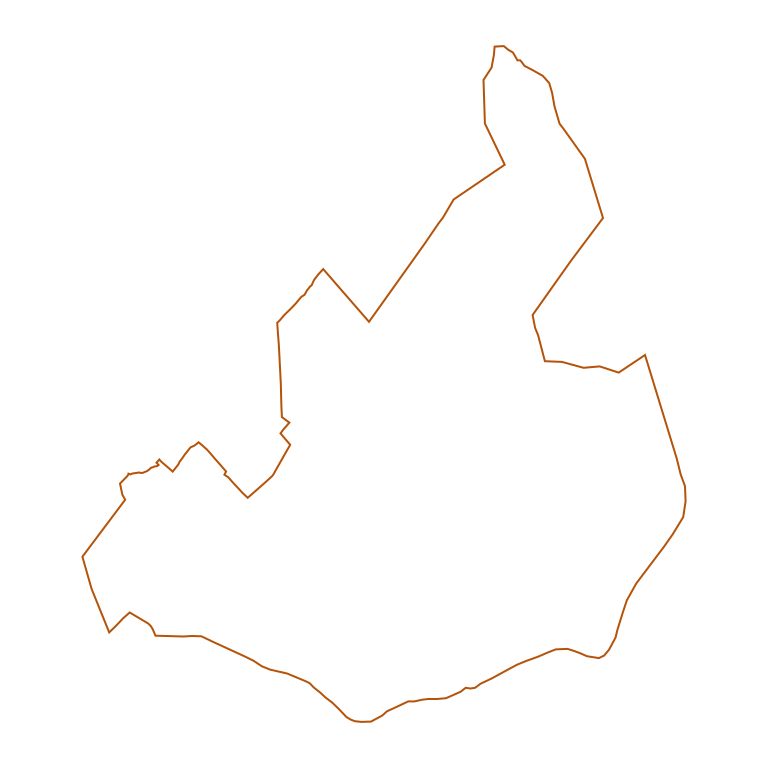 outline of Hadejia, Jigawa, Nigeria
{"feature_id": "59680162B39799007570945", "entity_name": "Hadejia", "entity_type": "district", "adm_level": 2, "iso_a3": "NGA", "parent_name": "Nigeria", "parent_adm1": "Jigawa", "projection": "robinson", "projection_center": [10.051, 12.466], "detail": "fine", "context": "isolated", "style": "outline", "palette": "amber", "viewbox_px": 768, "rotation_deg": 0, "n_neighbors": 0, "source": "geoboundaries", "source_scale": "gbopen_adm2", "svg_char_len": 2557}
<svg xmlns="http://www.w3.org/2000/svg" viewBox="0 0 768 768"><path d="M367.1,721.7L371.0,721.6L382.3,715.5L387.0,711.3L408.3,701.4L414.5,701.4L422.2,699.7L428.2,699.0L437.2,699.0L446.0,698.2L460.5,691.8L465.7,687.8L470.4,688.5L475.1,687.8L480.6,683.7L491.8,678.4L507.9,669.6L517.5,664.5L526.6,660.8L537.8,656.8L547.8,652.5L555.7,649.4L562.0,649.1L567.6,648.9L574.5,651.1L581.1,653.6L586.9,656.2L598.9,658.1L604.2,655.5L609.1,649.6L615.6,637.4L617.4,629.9L620.4,620.2L622.8,612.5L626.8,600.4L636.3,583.4L653.8,560.2L664.0,546.7L672.7,534.3L683.2,517.1L685.6,501.3L685.0,486.2L680.7,474.5L676.7,458.4L649.4,369.3L645.0,355.0L618.7,372.6L599.7,366.4L583.6,367.8L561.9,361.9L544.9,361.2L538.1,335.2L535.1,327.9L532.6,315.0L541.3,302.7L570.8,261.0L603.0,218.0L584.9,158.8L563.2,128.4L559.5,123.6L557.2,115.6L554.5,106.4L552.1,92.9L549.2,83.0L542.8,75.9L532.8,70.2L524.5,65.9L521.6,61.9L520.2,60.3L517.4,60.3L515.3,56.5L512.9,52.5L508.3,49.8L503.8,46.1L494.6,46.6L493.9,54.9L491.6,67.5L483.5,80.0L484.9,123.5L504.7,164.7L453.6,199.5L442.9,217.7L438.6,223.3L424.8,243.5L391.4,290.4L369.0,321.8L363.5,315.5L323.2,269.1L318.4,274.3L314.1,279.8L311.7,285.1L309.8,286.8L306.9,290.6L304.6,294.7L301.3,296.9L298.8,299.8L295.7,303.6L290.2,309.3L284.3,315.0L279.9,320.2L277.2,322.9L277.8,331.5L278.7,343.2L279.0,348.1L280.8,383.4L281.4,406.3L281.7,412.7L281.9,417.1L289.4,422.6L283.2,429.7L280.5,433.4L290.2,444.8L287.0,450.4L283.1,457.2L273.0,475.1L271.3,476.9L264.1,483.4L262.2,485.1L247.7,497.8L245.6,495.8L242.3,492.7L238.0,488.0L232.6,482.2L228.5,477.5L224.4,474.7L226.1,471.5L223.2,468.2L219.5,463.9L214.7,458.5L211.2,454.3L207.0,449.6L202.2,445.3L198.6,442.3L194.6,445.5L190.5,447.4L184.8,454.5L182.1,458.5L179.5,461.9L178.3,464.5L172.7,471.6L168.3,467.7L164.1,464.1L161.6,462.0L159.3,459.5L158.1,461.0L156.5,462.7L158.6,465.0L157.0,466.2L154.3,466.5L153.1,467.2L151.2,467.6L149.2,469.5L147.1,471.1L145.2,471.8L142.4,473.0L140.3,472.8L138.8,472.5L136.1,473.0L134.4,473.2L131.7,473.7L130.5,474.4L129.3,474.0L128.5,473.7L128.4,474.4L127.2,476.2L126.5,476.9L125.2,478.2L120.0,483.6L122.4,494.8L125.2,499.7L82.4,556.7L91.6,588.9L109.2,632.4L116.6,625.2L123.4,618.0L129.7,612.5L148.2,623.5L150.9,626.2L153.1,629.9L153.1,630.1L155.5,635.7L183.3,636.5L191.5,636.0L201.4,636.3L213.5,642.1L241.9,655.1L244.3,656.2L253.6,660.8L261.9,666.3L270.4,669.7L287.1,673.5L305.6,681.2L309.7,683.2L313.9,687.6L320.0,692.4L325.5,697.5L332.1,702.5L338.7,708.9L343.1,713.5L346.4,717.0L350.5,719.5L354.8,721.2L361.4,721.9L367.1,721.7Z" fill="none" stroke="#b45309" stroke-width="2"/></svg>